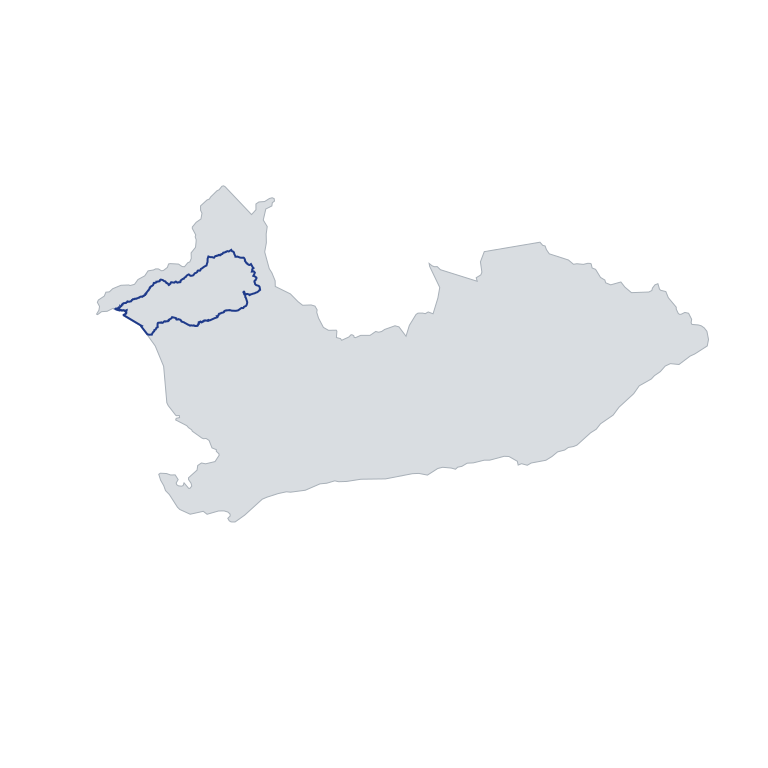 location of Maynas, Loreto, Peru, rotated 287°
{"feature_id": "86281439B40534422566691", "entity_name": "Maynas", "entity_type": "district", "adm_level": 2, "iso_a3": "PER", "parent_name": "Peru", "parent_adm1": "Loreto", "projection": "robinson", "projection_center": [-74.266, -2.675], "detail": "fine", "context": "in_parent", "style": "outline", "palette": "blue", "viewbox_px": 768, "rotation_deg": 287, "n_neighbors": 0, "source": "geoboundaries", "source_scale": "gbopen_adm2", "svg_char_len": 9648}
<svg xmlns="http://www.w3.org/2000/svg" viewBox="0 0 768 768"><g transform="rotate(287 384 384)"><path d="M529.4,222.6L529.2,224.7L526.9,225.8L524.7,224.2L521.5,224.7L516.8,219.8L505.5,220.6L500.4,226.3L492.9,227.5L484.7,230.2L475.4,231.3L460.8,240.5L457.5,244.3L450.9,249.7L445.5,251.5L442.8,268.1L437.5,277.9L435.5,283.2L438.3,291.2L438.3,295.2L435.3,298.4L432.9,298.7L427.9,302.1L420.4,309.5L419.1,315.2L421.5,322.6L420.7,323.5L414.5,324.9L414.7,329.1L413.4,330.7L418.6,336.6L421.5,338.1L421.7,339.6L421.2,341.1L420.0,341.7L419.9,343.1L423.7,347.5L426.4,356.4L431.8,360.7L431.9,363.6L433.5,366.4L436.3,368.6L442.9,377.5L443.0,381.6L436.1,391.1L447.5,391.1L459.9,394.3L461.7,395.8L463.1,400.1L463.3,402.9L465.8,405.2L465.5,410.4L482.0,410.4L492.6,409.1L509.8,393.3L512.5,391.9L511.1,395.4L510.9,397.9L511.8,400.6L509.8,404.5L509.5,443.1L512.6,441.1L516.6,444.7L519.6,444.9L529.0,440.5L539.9,441.2L565.2,491.7L563.0,495.2L563.1,497.7L560.0,500.0L556.8,504.0L556.5,524.1L553.9,530.2L555.4,533.3L556.7,539.7L559.0,543.6L559.6,546.0L559.4,547.0L555.8,549.1L555.5,552.8L549.2,559.9L548.0,564.8L545.6,566.4L545.1,571.8L550.8,580.7L547.1,586.0L543.7,593.9L549.4,610.4L551.7,612.8L554.2,612.7L558.0,614.1L560.0,616.6L555.3,619.7L554.5,621.1L554.8,626.5L549.7,630.6L542.9,641.0L541.0,641.6L537.6,644.7L537.0,646.2L537.5,647.7L540.4,650.8L540.7,654.6L535.8,659.3L532.3,659.8L531.0,661.1L532.4,667.5L532.4,670.4L531.3,673.8L528.8,677.4L521.5,681.3L514.9,682.0L503.6,672.4L500.1,668.5L488.9,660.4L487.2,651.9L483.4,647.7L476.6,644.6L471.1,640.2L467.0,638.2L456.9,628.6L447.7,625.6L430.5,615.5L421.2,612.2L409.3,602.7L402.8,600.2L397.7,595.8L382.0,586.4L379.6,583.5L377.2,578.8L373.7,576.1L369.8,569.8L364.0,566.0L358.4,561.1L351.5,547.9L348.2,544.8L348.0,538.8L345.7,536.0L349.1,534.1L351.2,524.7L350.0,520.0L342.1,507.4L340.5,502.2L334.7,492.5L332.6,486.7L328.0,482.5L326.0,478.8L323.4,477.3L323.3,472.9L321.5,464.4L318.9,460.1L309.6,452.2L308.7,443.5L306.6,437.5L293.7,413.2L286.2,389.8L279.9,376.8L277.3,369.2L277.0,365.2L272.4,358.3L269.8,352.0L259.4,339.8L253.2,326.2L252.4,322.2L248.2,314.7L241.5,305.1L238.2,301.2L218.0,289.2L208.5,281.9L207.4,278.1L207.9,276.0L209.9,273.9L212.8,275.5L214.6,274.8L215.9,272.2L215.9,268.1L214.2,262.9L207.7,252.9L209.4,248.4L202.8,236.7L204.3,225.4L205.8,222.5L215.5,211.1L218.2,206.2L222.4,203.1L226.7,198.5L231.8,195.0L233.3,196.2L234.8,202.3L234.6,206.4L236.0,210.9L232.4,215.1L228.6,214.2L227.1,215.2L226.5,217.2L227.1,220.3L228.1,221.6L231.0,221.7L227.1,227.7L227.4,228.9L230.2,230.0L232.7,228.5L235.5,225.0L237.2,224.5L247.0,230.4L251.6,229.7L255.1,232.5L255.5,236.7L260.4,245.1L267.7,247.2L269.0,246.5L270.6,243.3L272.2,242.9L272.6,238.2L278.9,233.2L279.9,229.8L278.9,227.4L279.1,225.5L282.8,214.5L284.0,213.4L285.1,209.8L286.5,207.6L288.7,195.3L290.4,195.3L292.1,198.3L294.0,197.5L293.0,194.7L293.3,193.8L300.3,183.9L302.6,181.8L336.5,168.1L353.5,154.1L368.4,134.5L373.0,114.8L374.8,116.2L377.6,115.7L376.6,107.7L377.3,103.9L377.2,102.8L372.6,98.0L370.6,92.8L366.6,89.8L366.8,88.7L371.1,89.8L375.0,89.3L378.3,86.0L380.8,86.3L386.3,90.8L390.5,91.2L391.8,94.4L395.8,96.7L401.5,103.6L404.1,111.0L403.9,112.4L406.4,116.3L412.0,118.2L417.5,123.6L423.2,125.3L425.7,130.3L427.3,131.9L428.1,134.7L427.2,138.0L428.0,139.8L432.2,142.8L435.8,142.9L436.6,144.3L438.6,152.4L437.3,156.6L437.8,158.9L442.6,160.9L444.0,162.6L447.7,163.0L453.0,161.2L459.6,163.8L464.7,162.8L467.1,162.2L469.5,160.4L471.5,160.4L476.7,155.2L478.1,154.8L483.7,157.1L488.3,160.7L494.1,160.0L496.5,157.8L500.7,156.5L508.2,160.9L509.9,163.0L511.9,163.4L520.0,167.8L521.5,169.5L525.7,171.2L526.6,172.6L526.3,174.2L507.3,207.8L513.2,210.6L518.7,208.9L521.5,211.1L523.6,216.5L527.9,220.2L529.4,222.6Z" fill="#d9dde1" stroke="#a8b0b8" stroke-width="1"/><path d="M429.7,229.4L430.1,229.9L430.4,230.0L430.8,230.4L431.1,231.1L431.8,231.9L433.0,233.9L433.9,234.7L434.5,235.7L436.0,236.9L437.0,237.2L437.3,237.7L437.8,238.0L440.5,236.6L441.2,235.5L441.2,232.9L441.5,232.2L442.0,231.4L442.9,231.0L443.5,230.4L444.1,230.1L444.9,230.1L445.6,230.8L446.3,230.7L447.3,231.1L448.1,231.1L448.5,230.8L449.0,229.4L449.2,228.4L449.2,227.4L451.7,227.9L452.8,227.9L453.6,226.5L452.9,224.8L454.3,224.8L454.8,224.5L455.5,224.5L456.7,225.3L457.1,224.5L459.8,221.7L458.6,220.8L458.4,220.3L458.7,218.8L459.2,218.2L459.1,217.9L459.4,217.7L459.6,216.8L459.9,216.6L460.1,216.2L460.8,215.6L461.0,215.1L461.3,215.1L461.6,214.8L462.2,214.7L463.0,214.0L463.7,213.1L463.7,212.3L463.3,211.7L462.8,209.5L463.0,206.5L462.7,206.1L462.3,204.7L462.9,204.5L463.1,204.2L464.6,202.8L466.0,202.0L466.5,201.1L466.5,200.2L466.7,199.6L467.6,198.7L465.5,197.0L465.3,196.7L465.3,195.5L464.7,194.7L464.2,194.4L464.2,194.1L464.0,193.9L463.1,193.2L463.0,192.7L462.6,191.9L461.3,191.5L461.0,191.3L460.6,190.4L460.3,190.4L459.3,189.9L459.1,189.3L459.3,188.8L459.0,188.5L459.0,188.1L458.6,188.0L457.9,186.7L457.6,186.7L457.4,186.4L457.2,185.6L456.7,185.1L455.1,184.6L455.0,184.0L455.1,182.6L454.5,180.7L454.6,178.8L452.2,178.7L449.0,179.6L447.7,179.5L445.4,179.6L444.1,178.2L442.8,177.1L441.8,176.5L440.4,175.2L440.0,175.1L439.0,175.1L438.6,174.9L438.4,174.4L438.3,173.2L438.1,172.9L437.5,172.6L436.8,172.7L436.3,172.5L435.3,171.7L434.5,170.6L432.8,170.1L431.9,169.5L431.1,168.0L430.9,167.2L431.1,166.6L431.6,165.9L431.7,165.2L430.6,164.1L429.5,163.4L428.5,163.2L427.4,162.1L426.1,161.8L425.7,160.9L424.0,159.6L423.1,159.2L422.8,159.3L422.3,159.6L421.8,159.4L421.5,158.8L421.2,157.6L420.7,157.2L420.5,156.7L420.6,156.3L421.1,155.3L421.1,154.9L420.6,154.4L419.8,154.1L419.6,153.8L419.1,150.7L418.8,150.5L417.4,150.4L417.0,150.1L416.8,149.7L416.5,149.7L416.3,149.5L416.1,149.6L415.7,149.3L415.8,149.1L416.4,148.8L416.7,147.9L416.9,147.7L417.1,147.1L416.9,146.6L417.0,146.3L417.5,145.9L417.7,145.4L418.2,144.9L418.1,144.1L418.2,143.3L418.7,142.1L418.6,140.0L417.9,139.4L416.7,139.4L416.5,139.1L416.5,138.9L416.2,138.6L416.1,138.3L415.7,137.3L415.4,137.1L415.2,136.9L415.2,136.4L414.6,136.4L414.2,136.2L413.6,135.2L413.5,134.5L413.3,134.3L412.6,134.4L411.0,134.2L410.1,133.6L409.2,132.6L408.5,132.4L408.2,132.0L407.9,131.8L407.5,131.8L407.1,132.1L406.1,131.7L405.3,131.4L404.8,131.5L404.2,131.0L403.5,130.8L401.9,130.1L401.6,130.2L401.2,129.9L401.1,130.2L400.8,130.2L400.7,130.0L400.2,129.5L399.8,129.6L399.3,129.6L398.7,128.7L397.9,128.5L397.7,127.9L397.3,127.8L396.6,127.2L396.7,126.3L396.2,125.5L395.8,125.1L395.1,124.8L395.0,124.3L393.8,123.1L393.5,122.4L393.1,122.2L392.8,120.9L392.3,120.7L391.7,119.1L391.0,118.9L390.7,118.4L390.1,118.3L389.1,117.9L388.9,117.3L388.5,116.9L388.1,116.1L388.0,114.6L387.4,114.6L386.9,113.9L386.6,113.7L386.1,113.6L385.1,111.3L384.3,110.8L384.0,110.8L384.0,110.6L383.8,110.6L383.5,110.7L383.1,110.1L382.3,110.2L381.8,110.0L381.1,109.5L380.9,109.3L381.0,109.1L380.7,109.2L379.2,108.7L379.1,108.4L379.0,108.2L379.4,108.1L379.5,107.8L378.8,107.6L378.2,107.1L378.1,106.9L378.2,106.6L377.8,106.0L378.0,106.0L378.1,105.7L378.0,105.8L377.9,105.6L377.7,105.5L377.6,105.8L377.4,105.6L377.4,106.0L376.9,106.4L377.2,106.9L377.6,107.3L377.2,107.7L376.9,108.0L377.0,109.0L377.6,109.5L377.2,110.0L377.9,110.7L377.9,111.0L377.6,111.8L377.8,112.2L378.4,112.9L378.5,114.0L378.4,114.3L378.1,114.7L378.2,115.3L379.0,115.8L379.4,116.3L378.9,116.4L378.7,116.2L376.9,116.2L376.5,116.6L376.5,116.8L376.1,116.8L375.8,116.4L375.5,116.4L374.6,115.4L374.1,114.9L373.9,114.8L373.7,115.0L369.3,132.9L369.1,133.5L368.7,135.5L368.4,135.3L368.0,135.1L362.4,143.1L362.4,144.9L363.2,146.9L363.3,147.5L364.7,147.6L365.7,148.0L366.1,148.0L367.2,148.8L368.4,148.6L369.4,149.7L369.9,149.8L371.0,149.9L371.4,150.0L372.0,150.9L372.2,151.0L373.0,150.7L373.6,150.3L374.5,150.2L375.1,149.9L376.2,149.9L376.5,150.1L377.0,151.2L377.1,151.9L377.5,152.4L377.4,152.8L377.8,153.1L377.6,153.6L377.7,154.2L377.9,154.3L378.3,154.9L379.2,155.2L379.9,155.9L380.0,156.2L379.8,156.5L379.8,156.9L380.3,157.5L380.9,159.1L381.6,159.6L381.8,159.2L382.4,159.3L384.3,161.2L385.3,161.8L385.8,161.7L386.0,161.8L385.9,162.3L386.1,163.1L386.1,163.8L386.2,164.7L386.1,166.1L385.3,166.3L385.0,166.6L385.0,166.9L385.4,167.9L385.6,168.2L385.9,168.4L385.8,169.1L386.0,169.8L385.6,170.8L385.5,171.3L385.2,171.6L384.8,171.7L384.5,172.1L384.5,174.7L384.2,175.5L384.0,176.8L383.4,179.4L383.5,179.8L383.1,181.1L383.2,181.7L383.5,181.9L383.7,182.3L383.8,183.3L384.0,184.3L384.4,184.8L384.2,185.6L384.5,185.9L384.3,186.6L384.5,187.3L384.8,187.7L384.8,188.0L385.0,188.2L385.1,188.6L385.4,188.6L385.7,188.8L386.0,188.7L386.4,188.9L387.0,188.8L387.3,188.9L387.4,189.1L387.5,189.0L387.9,189.2L388.4,188.9L388.8,189.2L388.8,189.4L388.9,189.6L389.2,189.6L389.3,189.4L389.5,189.7L389.9,190.0L390.1,190.3L389.7,190.8L389.7,191.1L389.6,191.5L390.0,191.7L390.0,192.0L390.5,192.4L391.1,192.6L391.1,193.0L391.4,193.0L391.9,193.2L392.0,193.9L392.2,194.2L392.5,194.3L392.4,194.6L392.7,195.2L392.7,195.8L393.0,196.5L392.8,197.1L392.9,197.3L393.6,197.0L394.0,197.5L393.9,197.7L393.8,198.4L394.0,198.9L397.6,203.0L399.0,205.0L399.4,205.2L400.0,204.6L400.1,205.0L400.3,205.3L401.1,205.4L401.3,205.6L401.7,205.7L401.8,205.6L402.6,205.6L402.9,205.7L403.1,205.9L403.6,207.1L404.5,207.6L404.8,208.4L405.5,209.5L406.1,210.0L406.6,209.8L407.4,210.3L408.2,211.4L408.1,211.6L408.5,212.2L409.0,213.6L409.2,213.9L409.3,214.7L409.6,214.9L409.6,216.9L410.6,220.7L411.1,221.8L411.8,223.0L415.1,225.5L415.3,226.9L415.5,227.2L416.0,227.4L416.9,227.6L418.3,229.2L419.4,229.5L420.8,229.5L421.9,229.4L422.4,229.2L425.2,227.3L426.1,226.6L426.6,225.9L428.4,225.4L428.7,224.9L428.8,224.2L429.7,223.7L430.7,222.7L431.4,223.1L431.4,223.3L430.0,224.3L429.5,224.9L429.3,225.3L430.1,226.7L430.2,227.3L430.1,228.3L430.2,228.8L429.7,229.4Z" fill="none" stroke="#1e3a8a" stroke-width="2"/></g></svg>